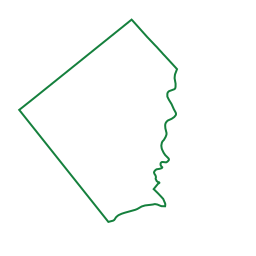 Clark, Missouri, United States of America (orthographic projection), rotated 50°
{"feature_id": "52423323B73232877259314", "entity_name": "Clark", "entity_type": "district", "adm_level": 2, "iso_a3": "USA", "parent_name": "United States of America", "parent_adm1": "Missouri", "projection": "orthographic", "projection_center": [-91.584, 40.431], "detail": "fine", "context": "isolated", "style": "outline", "palette": "green", "viewbox_px": 256, "rotation_deg": 50, "n_neighbors": 0, "source": "geoboundaries", "source_scale": "gbopen_adm2", "svg_char_len": 1505}
<svg xmlns="http://www.w3.org/2000/svg" viewBox="0 0 256 256"><g transform="rotate(50 128 128)"><path d="M47.3,55.6L44.7,181.7L44.2,199.7L187.3,203.4L189.4,199.0L189.6,197.8L189.4,196.8L188.7,194.7L188.6,192.5L188.7,191.2L189.6,188.0L190.8,185.0L195.3,175.1L196.0,173.0L196.9,168.0L198.3,164.7L201.4,160.0L202.8,157.8L203.3,156.7L203.8,156.1L205.5,154.7L208.6,153.1L209.5,152.5L211.8,149.9L210.8,148.8L209.8,148.1L204.9,146.6L197.4,147.0L191.3,147.6L190.0,140.9L190.2,139.9L190.2,139.3L190.0,139.1L189.6,139.1L188.4,139.9L187.0,140.1L184.7,139.5L184.3,139.1L184.0,138.6L183.5,138.1L182.0,137.4L180.6,137.3L179.3,136.9L178.6,136.5L178.1,135.4L177.9,134.0L178.0,132.7L179.6,130.0L180.4,128.0L180.3,127.3L180.1,127.0L178.5,127.1L177.2,126.8L176.0,125.7L175.8,125.1L175.8,124.1L176.3,123.3L178.1,121.6L178.8,120.9L179.0,120.2L179.1,119.3L178.9,117.6L178.5,117.0L178.1,116.7L177.4,116.5L172.6,116.9L169.8,116.6L166.3,115.7L165.1,115.2L162.9,113.8L161.1,111.6L160.7,110.8L160.4,110.0L160.2,108.2L159.0,104.9L157.8,102.8L156.6,101.7L152.3,99.6L150.9,98.6L149.6,97.6L148.8,96.6L148.2,95.4L147.9,93.7L147.9,92.5L149.0,88.7L149.3,85.5L148.9,83.4L148.6,82.7L148.0,82.1L147.0,81.6L143.0,80.8L137.8,79.3L132.6,78.5L129.3,77.7L127.1,75.9L126.4,74.8L126.2,73.9L126.2,72.8L128.0,67.8L128.1,67.0L127.8,66.1L127.0,65.1L124.7,63.1L119.8,60.3L118.3,58.8L117.2,57.6L114.4,52.6L96.6,53.4L93.6,53.6L92.1,53.6L87.8,53.8L84.4,53.9L82.0,54.1L70.7,54.8L48.5,55.5L47.3,55.6Z" fill="none" stroke="#15803d" stroke-width="2"/></g></svg>